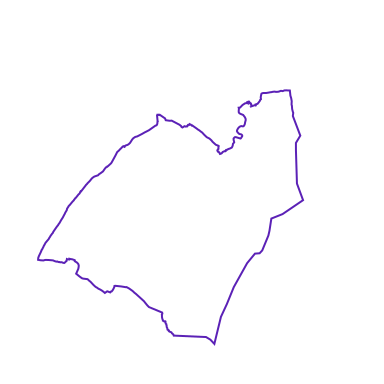 outline of Lardal nor, Vestfold, Norway, rotated 211°
{"feature_id": "86288312B65045037066100", "entity_name": "Lardal nor", "entity_type": "district", "adm_level": 2, "iso_a3": "NOR", "parent_name": "Norway", "parent_adm1": "Vestfold", "projection": "mercator", "projection_center": [9.915, 59.364], "detail": "fine", "context": "isolated", "style": "outline", "palette": "violet", "viewbox_px": 384, "rotation_deg": 211, "n_neighbors": 0, "source": "geoboundaries", "source_scale": "gbopen_adm2", "svg_char_len": 5884}
<svg xmlns="http://www.w3.org/2000/svg" viewBox="0 0 384 384"><g transform="rotate(211 192 192)"><path d="M259.5,241.6L260.2,241.2L260.1,240.9L261.5,240.4L261.4,239.6L261.0,239.1L258.2,235.3L257.8,235.0L257.9,234.7L257.2,233.3L257.1,233.1L256.8,232.2L256.7,231.7L256.8,230.8L257.5,230.1L260.7,222.8L262.3,220.2L263.2,218.8L264.7,216.1L267.6,211.4L269.0,210.0L270.0,207.9L270.3,206.2L270.4,202.2L270.9,200.4L271.4,199.4L271.5,199.2L272.2,198.4L272.6,198.0L273.0,197.3L273.2,197.0L273.3,196.7L273.0,196.2L273.1,195.9L273.6,195.9L274.1,196.1L274.5,195.9L274.6,195.7L274.6,195.3L274.9,194.8L275.3,192.9L275.7,191.5L276.0,189.9L276.7,187.7L276.4,183.8L276.1,176.3L276.1,175.6L276.2,174.7L277.4,170.7L277.8,170.3L277.8,169.6L278.4,168.9L278.7,167.1L278.9,163.8L279.4,162.6L280.2,160.7L280.8,159.5L281.0,158.7L281.1,158.0L283.7,154.9L284.6,152.9L285.0,151.2L285.0,150.8L285.3,148.7L286.1,145.5L286.1,144.9L286.5,143.5L286.5,143.1L287.4,135.3L287.8,135.3L287.8,134.0L287.6,133.3L287.6,132.9L287.7,132.3L288.0,131.7L288.6,127.1L288.9,126.5L288.9,125.7L289.1,124.5L289.0,124.0L289.4,122.5L289.7,120.6L290.1,117.8L290.2,117.7L290.5,116.1L290.4,115.8L290.5,113.4L290.2,112.5L290.0,112.0L290.0,111.4L290.0,110.0L290.0,109.0L289.8,107.6L289.8,106.7L289.7,105.1L289.6,103.6L289.7,100.6L289.6,97.2L289.8,95.3L289.7,94.7L290.0,92.8L290.1,91.3L290.2,89.9L290.4,86.3L290.2,85.5L290.5,83.8L290.5,82.9L290.7,81.9L290.6,80.9L290.7,78.7L290.6,78.1L290.7,77.3L291.1,75.0L291.2,74.0L291.4,73.4L291.3,71.5L291.3,70.5L291.2,70.2L291.3,69.7L291.2,69.0L291.1,68.4L291.0,66.5L290.9,66.1L291.0,65.3L291.0,65.1L290.9,64.6L291.0,64.4L290.8,63.8L290.6,62.2L290.2,57.9L290.0,57.2L290.0,56.9L289.9,56.5L289.6,55.8L289.0,54.6L286.6,55.5L284.1,56.8L283.0,58.0L282.5,58.4L279.8,59.9L275.9,61.8L274.2,62.0L272.6,62.4L272.0,62.7L271.8,63.0L270.1,63.3L269.8,63.5L269.4,63.8L268.8,63.8L267.9,64.5L267.0,64.8L266.1,64.9L265.0,65.3L264.8,65.6L264.4,67.0L264.3,67.7L264.0,68.1L264.1,68.5L264.3,68.8L264.4,69.4L264.7,70.1L264.0,70.2L262.5,70.9L262.8,71.6L261.5,72.0L260.1,72.6L257.9,73.1L257.4,73.1L257.4,72.9L257.2,72.5L256.6,72.3L254.4,72.3L252.9,71.9L252.4,71.7L251.8,71.2L251.1,70.5L250.5,69.2L249.9,67.6L249.8,67.0L249.7,66.0L249.2,62.3L245.2,61.7L241.9,61.4L240.7,61.7L236.6,63.5L234.4,63.0L232.8,62.8L228.6,61.6L226.3,61.1L225.0,61.0L224.4,61.1L222.5,60.9L220.5,61.1L218.6,61.1L216.4,60.9L214.7,60.6L213.6,63.1L213.3,63.3L210.4,63.8L210.3,64.8L209.7,65.3L209.5,66.4L209.4,67.8L209.5,68.6L209.5,69.0L209.6,70.0L209.7,70.7L210.1,71.4L209.8,71.8L209.6,72.0L204.0,74.6L199.5,76.4L199.1,76.8L196.1,76.9L192.3,76.6L191.1,76.4L189.5,76.0L187.7,75.8L176.7,73.6L175.8,73.2L171.9,71.8L169.6,71.2L155.5,73.3L154.7,72.4L154.7,72.2L154.8,71.8L154.7,71.3L154.3,70.9L154.1,70.6L153.3,69.3L152.0,67.9L151.1,67.3L150.7,66.7L149.8,66.8L149.0,66.7L148.7,66.8L148.5,67.0L148.5,67.3L148.4,67.4L148.1,67.4L147.9,67.2L147.6,66.6L146.9,65.8L146.7,65.6L145.9,65.5L145.8,65.4L145.5,64.8L144.9,64.4L144.3,63.4L143.8,63.0L143.2,62.7L142.1,61.4L141.6,61.4L141.3,61.6L140.7,61.5L140.5,61.4L140.5,61.0L140.4,60.9L139.4,60.7L138.7,60.9L137.4,61.1L136.3,60.5L135.6,60.5L134.5,60.2L133.7,59.5L105.3,74.9L100.2,74.9L94.6,73.3L102.9,99.9L104.4,113.9L107.2,132.0L108.1,159.4L106.3,171.6L102.5,174.3L101.7,178.1L104.1,194.0L105.6,198.6L110.3,210.1L103.0,219.7L92.6,242.2L106.4,253.3L124.4,281.3L128.2,287.6L128.2,296.1L144.7,309.1L146.0,312.0L147.0,312.8L148.9,314.7L150.8,317.4L151.5,318.0L151.8,318.4L153.3,321.2L155.4,323.6L157.3,325.3L160.4,329.4L162.9,328.0L163.2,327.9L165.1,326.7L166.2,325.2L167.7,324.6L168.2,324.2L168.9,323.2L169.9,322.2L171.7,321.0L172.7,320.7L174.1,319.7L175.6,318.3L176.3,317.8L177.6,316.6L179.5,315.0L181.4,313.9L182.3,313.2L182.8,312.6L183.1,312.1L183.1,311.9L182.3,309.6L181.7,308.3L180.7,307.1L181.0,305.9L180.8,305.4L180.8,304.7L180.9,304.0L181.0,302.8L181.2,302.0L181.2,301.6L181.2,301.4L182.5,299.9L182.0,299.5L182.0,299.1L182.5,299.2L184.7,296.6L184.7,296.8L184.9,296.9L185.2,296.9L185.6,296.6L185.6,296.8L186.0,297.3L187.0,298.1L187.4,298.3L187.8,298.3L187.8,298.1L187.6,297.8L188.4,298.0L188.9,297.8L189.1,298.0L189.1,298.5L189.5,298.9L189.8,298.8L189.8,298.5L189.8,298.4L190.5,298.1L190.7,297.6L191.1,297.3L191.1,297.1L190.7,296.8L190.9,296.8L190.9,296.4L192.2,295.3L193.5,292.6L194.3,289.1L195.4,288.3L194.7,287.6L193.9,285.9L193.2,284.7L192.7,284.2L191.7,283.9L190.2,284.0L189.1,284.2L187.8,284.4L185.1,283.3L183.7,282.3L183.0,281.3L182.3,278.9L181.8,277.7L181.6,276.7L181.6,275.6L181.7,275.0L181.9,274.7L182.3,274.4L183.5,274.0L184.0,273.6L184.6,272.8L185.1,271.5L185.3,270.1L185.2,268.4L185.1,267.9L184.8,267.3L183.6,266.6L181.3,266.1L179.7,266.7L178.9,266.7L178.3,266.5L177.9,266.1L177.7,265.7L177.7,265.3L177.8,263.1L178.0,262.8L182.7,261.6L183.4,261.2L183.6,260.8L183.9,259.6L183.8,259.0L182.9,257.8L182.2,257.2L181.4,256.3L181.7,254.4L181.0,252.7L180.8,251.4L180.8,250.5L182.1,248.5L183.0,247.6L183.6,246.3L184.4,245.7L184.5,245.5L184.5,245.2L184.5,244.9L184.2,244.6L184.4,244.1L184.5,244.0L184.8,244.0L185.1,243.8L186.3,242.1L186.4,240.9L186.6,240.3L186.9,239.8L187.6,239.0L187.8,239.1L188.6,239.8L189.1,239.8L189.8,240.2L190.2,239.9L190.5,239.9L191.1,240.2L191.7,240.7L191.8,241.3L191.8,241.5L191.6,241.6L191.5,241.9L191.5,242.3L191.7,242.5L191.7,242.8L191.9,243.3L192.6,244.3L192.7,244.8L192.7,245.1L192.8,245.2L193.5,245.2L195.6,244.8L196.1,244.8L200.2,245.6L202.0,246.3L204.6,246.8L207.3,246.6L207.7,246.6L211.2,247.4L213.5,248.1L214.5,248.3L215.3,248.3L217.5,248.6L219.0,248.6L220.8,248.8L226.4,249.2L226.5,249.1L226.5,248.9L227.6,249.1L228.7,249.0L228.6,248.8L228.5,248.6L229.0,248.0L229.7,247.9L230.0,247.5L230.0,247.4L230.0,246.9L229.8,246.1L229.9,245.7L230.1,245.5L230.7,245.4L231.1,244.8L232.4,244.5L232.7,243.7L233.4,242.4L234.3,242.3L234.6,242.4L235.2,242.9L237.4,243.2L246.2,242.7L247.3,241.9L248.2,241.4L251.5,240.0L253.0,241.2L259.5,241.6Z" fill="none" stroke="#5b21b6" stroke-width="2"/></g></svg>